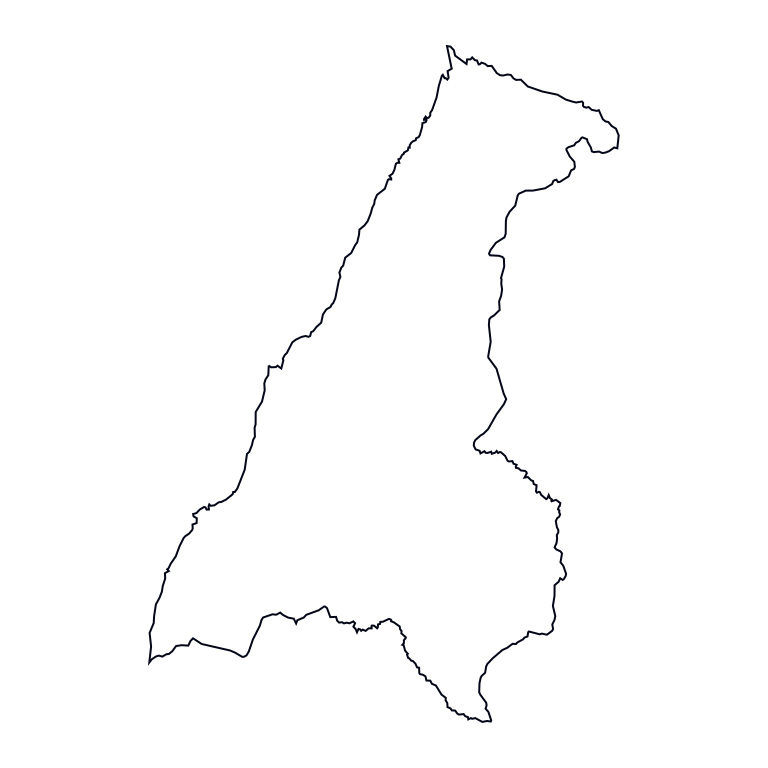 the district of Morondava, Menabe, Madagascar
{"feature_id": "10022922B91714644312966", "entity_name": "Morondava", "entity_type": "district", "adm_level": 2, "iso_a3": "MDG", "parent_name": "Madagascar", "parent_adm1": "Menabe", "projection": "robinson", "projection_center": [44.353, -20.514], "detail": "fine", "context": "isolated", "style": "outline", "palette": "ink", "viewbox_px": 768, "rotation_deg": 0, "n_neighbors": 0, "source": "geoboundaries", "source_scale": "gbopen_adm2", "svg_char_len": 6089}
<svg xmlns="http://www.w3.org/2000/svg" viewBox="0 0 768 768"><path d="M490.8,721.5L491.2,720.4L488.4,711.9L485.6,708.7L486.6,705.3L486.2,702.7L480.3,694.7L479.2,692.3L479.5,683.1L480.6,678.0L481.6,676.0L485.1,672.8L486.2,666.3L487.4,663.9L492.8,658.2L502.4,650.0L507.2,647.8L512.6,643.8L516.0,644.0L517.3,642.5L523.1,639.3L524.4,637.6L527.5,636.5L528.2,632.2L528.9,631.5L539.7,634.3L541.8,633.6L546.9,634.7L552.1,630.9L553.1,629.1L552.3,624.5L554.5,619.9L555.3,616.1L552.9,606.0L554.5,596.0L554.6,585.2L558.6,581.8L560.2,578.3L562.6,579.9L563.8,579.2L565.7,575.9L566.1,573.8L563.3,565.8L560.5,562.3L562.0,553.4L560.4,551.3L556.4,549.5L554.6,547.4L556.5,543.1L557.1,538.8L556.8,535.1L558.3,532.4L558.3,530.0L556.9,527.2L555.8,521.1L557.1,518.3L559.2,516.7L560.1,514.4L559.1,512.1L559.4,510.5L558.0,509.3L559.0,506.4L559.8,505.9L560.3,503.0L556.0,499.9L550.8,501.5L551.9,500.4L551.9,499.5L549.9,498.0L548.7,495.1L547.4,498.3L546.2,499.1L541.1,494.8L540.0,492.3L538.8,491.8L536.9,492.7L536.0,491.4L536.6,485.3L533.7,484.0L533.1,481.0L531.4,480.5L527.8,477.0L524.5,477.6L526.8,473.3L526.4,472.1L525.0,470.9L521.0,470.5L518.4,468.3L516.0,467.8L515.8,466.8L516.6,464.8L513.5,463.7L512.4,461.1L509.0,461.5L507.6,460.8L505.2,456.0L501.0,452.3L500.0,452.0L498.1,453.0L496.7,451.0L495.4,452.5L491.8,453.8L491.2,451.7L487.7,452.9L485.6,452.8L484.5,451.2L480.5,453.4L479.6,450.8L475.6,449.4L473.8,445.7L474.1,442.4L475.3,440.1L480.5,435.5L483.5,433.7L488.2,429.0L496.3,414.7L503.9,404.2L506.2,399.2L503.7,393.6L496.5,368.7L488.3,357.6L488.2,356.3L490.7,341.7L488.9,325.2L489.3,319.4L490.9,317.3L493.9,315.6L499.7,309.9L499.1,301.4L501.1,295.9L502.1,289.5L501.3,284.1L501.5,279.2L501.0,278.2L504.2,266.6L503.9,258.7L502.5,257.0L499.0,255.8L490.0,255.3L489.0,253.6L490.7,249.8L495.9,242.8L504.5,237.3L505.7,233.8L505.9,220.9L506.5,217.5L509.6,211.7L515.2,205.7L517.7,195.5L518.9,193.7L525.8,190.6L532.9,190.6L545.1,188.3L552.1,184.0L553.3,181.1L554.4,180.3L556.4,179.7L558.0,182.1L559.7,182.0L568.7,176.3L571.1,170.4L574.1,168.9L574.9,166.9L574.3,161.8L569.7,156.4L566.4,149.9L566.5,148.6L568.4,147.2L574.2,145.3L575.8,142.9L579.0,141.2L581.5,137.8L582.5,137.4L587.0,139.2L587.6,141.8L590.8,147.4L591.9,151.4L593.7,152.1L599.1,151.6L602.2,153.0L605.0,152.7L609.0,151.2L614.2,147.5L617.3,148.3L618.7,135.4L616.0,128.7L611.7,126.0L608.3,122.0L605.6,121.5L602.8,119.2L598.8,110.2L596.9,110.9L591.6,109.8L588.6,107.0L586.4,107.7L583.8,106.8L583.0,105.8L583.1,102.8L582.0,101.5L576.1,102.5L572.0,101.5L565.7,99.5L557.5,94.7L542.3,91.5L527.8,86.5L520.9,79.7L516.0,79.9L513.5,78.4L510.9,75.0L507.6,74.5L503.1,75.5L500.0,75.2L496.8,73.1L491.7,65.9L487.7,66.1L485.1,63.9L481.5,62.6L479.8,64.3L478.6,64.4L477.0,60.5L474.8,60.1L472.2,57.4L470.5,59.4L467.1,59.4L466.5,64.0L455.1,55.6L453.9,50.3L450.5,46.6L447.0,46.1L451.7,68.7L447.6,71.1L448.6,77.7L447.3,79.6L445.7,78.1L444.6,78.2L442.8,74.8L441.9,75.7L438.8,86.0L436.6,97.4L432.1,110.1L430.3,112.7L430.2,115.6L428.6,117.8L426.8,118.0L425.6,116.6L424.0,119.1L424.1,119.9L426.2,118.8L426.6,120.0L425.7,122.1L422.4,123.2L422.1,127.1L419.8,135.2L418.6,137.1L416.1,138.3L415.7,140.2L412.9,141.3L411.2,142.8L409.8,145.1L409.7,147.6L408.5,147.4L407.8,150.4L404.0,152.6L403.9,153.7L402.2,154.8L400.2,158.6L398.4,159.3L399.3,162.8L397.3,162.8L395.9,163.8L394.3,170.1L392.5,173.7L389.5,175.9L391.2,178.3L391.2,179.5L389.0,179.2L388.0,179.7L384.8,188.8L377.0,194.9L374.7,200.4L374.2,204.0L372.3,207.6L370.7,213.6L367.6,221.3L364.4,225.5L359.4,229.6L359.0,234.8L357.2,242.4L355.2,245.1L351.2,253.0L345.2,257.7L343.2,265.6L341.4,267.5L339.4,272.5L340.4,276.9L338.9,280.3L335.3,298.3L333.2,303.1L331.7,304.5L330.5,307.0L326.5,309.3L324.6,311.9L322.9,314.6L321.2,322.7L316.5,326.9L313.2,331.2L311.1,332.2L310.2,336.0L308.5,336.8L305.6,336.0L301.6,336.9L295.9,339.6L292.3,342.4L286.8,353.1L284.8,355.0L282.8,358.7L283.4,360.2L281.3,368.5L277.5,365.7L275.8,367.1L271.1,367.3L269.3,366.0L268.7,366.4L268.3,375.2L265.5,379.5L264.3,383.4L264.7,390.3L262.0,401.6L255.7,412.0L255.6,424.4L254.6,427.7L254.9,436.8L253.1,439.9L252.0,444.9L249.3,451.8L247.0,453.9L244.7,469.7L237.4,488.4L234.8,492.0L233.2,492.0L232.6,494.3L226.0,499.6L221.4,501.9L218.7,502.3L214.5,505.3L210.7,505.8L209.3,504.4L208.6,506.3L208.9,509.5L206.6,509.6L205.5,507.4L204.1,507.0L199.8,509.5L196.4,513.1L193.1,514.0L193.6,516.4L196.8,518.2L196.6,523.1L192.5,524.5L192.7,528.5L192.2,530.0L189.1,533.6L185.0,536.4L183.6,538.1L179.6,546.1L175.8,556.3L170.6,563.9L168.6,568.2L167.2,569.3L168.8,571.0L164.9,573.2L165.2,578.5L162.8,585.9L161.9,591.6L159.5,597.8L155.9,604.4L154.1,616.2L153.7,623.1L149.6,632.9L151.1,646.5L149.3,662.5L151.9,659.2L155.9,656.5L158.8,655.6L162.3,656.6L166.3,654.3L169.0,653.9L172.4,651.1L176.1,646.0L181.7,645.2L188.3,645.6L190.4,641.1L193.0,638.3L201.7,644.0L230.1,650.5L235.2,652.7L242.1,656.8L243.9,656.8L246.5,655.4L248.8,651.5L252.9,639.5L259.8,625.8L261.5,620.1L263.1,617.5L272.5,614.3L276.2,614.7L280.2,612.6L282.9,614.9L288.1,617.6L293.8,618.7L296.1,623.5L297.3,620.3L303.8,617.5L306.3,614.8L318.7,610.3L323.9,606.6L325.0,606.5L327.0,608.1L330.3,617.1L336.0,616.9L337.2,620.7L339.1,622.6L342.0,622.2L344.0,623.4L346.5,622.7L349.5,623.3L353.3,621.4L355.1,623.2L353.4,626.7L355.6,629.0L357.0,632.3L358.5,628.9L360.1,629.4L361.2,630.8L362.7,629.6L365.6,630.9L368.7,628.3L371.6,628.4L371.5,626.1L372.0,625.5L374.1,625.7L377.1,628.3L377.8,627.5L378.0,624.4L380.1,623.9L380.3,621.9L383.0,621.7L388.9,618.9L390.7,619.5L391.3,620.2L391.1,621.3L393.8,622.3L399.7,626.5L400.1,629.2L401.5,630.9L401.4,633.4L405.8,637.3L405.7,638.1L403.9,640.2L403.9,643.1L402.4,644.8L403.6,645.1L405.1,650.7L407.8,653.8L407.0,654.7L408.3,658.1L409.2,658.3L411.3,660.7L412.8,661.0L415.4,663.6L417.1,667.4L419.1,667.7L419.3,673.1L420.1,674.2L422.8,674.7L425.5,676.4L426.4,680.5L430.3,680.7L431.9,683.8L435.9,685.5L441.5,694.6L445.8,697.9L445.6,700.1L447.3,703.2L447.5,707.1L450.5,708.4L451.8,710.4L455.2,710.6L457.3,713.6L459.0,714.6L463.6,714.1L465.2,716.2L467.9,717.1L468.3,719.4L470.9,718.1L472.1,718.8L475.3,718.1L482.3,721.9L487.0,721.0L490.8,721.5Z" fill="none" stroke="#020617" stroke-width="2"/></svg>